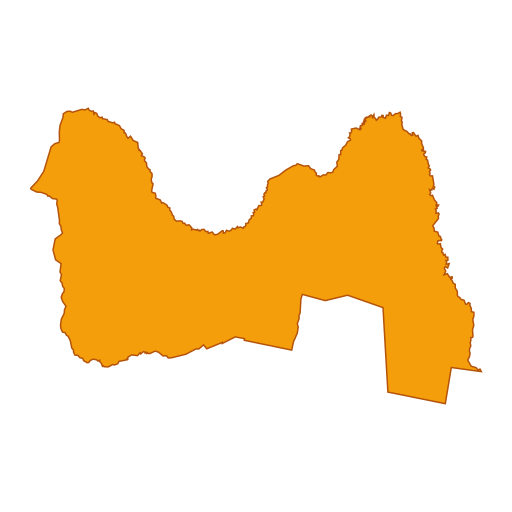 Metán, Salta, Argentina (Equal Earth projection)
{"feature_id": "61730980B22124593999918", "entity_name": "Metán", "entity_type": "district", "adm_level": 2, "iso_a3": "ARG", "parent_name": "Argentina", "parent_adm1": "Salta", "projection": "equal_earth", "projection_center": [-64.481, -25.427], "detail": "fine", "context": "isolated", "style": "filled", "palette": "amber", "viewbox_px": 512, "rotation_deg": 0, "n_neighbors": 0, "source": "geoboundaries", "source_scale": "gbopen_adm2", "svg_char_len": 6048}
<svg xmlns="http://www.w3.org/2000/svg" viewBox="0 0 512 512"><path d="M55.2,238.9L53.0,249.9L55.6,259.8L61.1,263.6L60.0,272.0L61.5,274.5L60.2,280.7L62.0,283.0L62.7,286.4L64.4,288.7L63.8,292.2L62.7,293.2L61.2,297.2L62.6,301.4L66.0,306.3L64.5,309.6L64.2,313.3L61.3,319.3L60.5,325.6L61.0,328.8L62.5,332.1L65.2,332.7L66.4,335.2L68.2,336.3L70.3,340.8L71.8,348.0L73.5,350.1L73.5,352.0L74.9,355.1L78.0,355.4L79.9,357.7L82.8,358.4L83.6,360.6L87.1,362.7L88.8,362.5L90.0,360.7L93.0,359.1L96.6,359.8L98.1,361.1L99.7,360.2L99.8,361.7L101.3,363.3L102.5,366.3L103.3,365.8L104.0,366.7L108.3,366.9L112.7,364.5L114.3,365.0L117.7,363.8L119.1,361.3L125.7,360.1L126.6,359.2L127.2,359.8L127.8,359.4L127.8,357.3L131.5,354.9L137.5,355.6L140.1,352.8L140.7,353.9L143.5,351.6L145.0,352.1L145.1,353.0L146.2,352.3L146.6,353.4L147.4,352.7L148.0,353.5L149.9,353.5L155.2,351.1L158.6,352.2L163.0,355.9L166.4,355.7L168.3,358.0L171.9,357.7L185.9,354.2L196.0,348.9L198.7,349.0L203.6,344.9L206.7,348.8L222.3,342.4L222.2,343.5L235.3,336.9L244.5,338.6L244.3,340.3L291.7,350.1L293.5,341.7L297.2,333.4L298.2,327.3L297.3,323.6L299.1,318.6L299.0,315.5L300.1,313.0L300.9,299.1L302.3,294.4L325.2,300.6L347.6,295.2L383.0,307.6L387.9,392.1L445.3,403.7L451.3,367.5L481.3,371.6L480.0,369.1L477.9,369.9L476.1,367.7L471.2,366.2L467.7,360.1L469.4,356.9L470.1,353.2L469.4,351.4L469.6,348.4L470.8,345.9L470.2,342.6L470.9,340.4L470.7,337.6L472.5,337.4L473.0,336.3L472.5,329.7L473.8,325.4L472.8,319.4L473.9,316.1L473.9,312.3L471.4,311.7L471.3,308.4L469.9,305.4L470.0,303.4L468.3,302.6L466.9,304.2L465.6,304.2L464.0,300.2L460.9,299.3L459.7,297.4L458.1,296.7L457.4,295.3L457.3,291.3L455.3,288.0L455.2,284.3L453.3,283.3L452.0,280.4L450.8,279.4L450.6,278.7L452.2,278.4L452.1,276.8L449.6,277.2L447.2,273.6L444.1,274.8L445.7,271.0L444.4,268.6L444.7,267.2L445.6,266.7L447.6,268.0L449.2,263.6L446.1,264.3L446.7,261.7L445.9,260.4L447.9,260.2L447.8,257.2L446.0,257.3L445.1,254.4L443.7,255.2L442.8,252.5L441.9,252.4L441.6,251.1L442.7,249.1L441.0,247.5L440.4,243.7L437.9,244.1L437.3,243.2L438.0,240.7L441.5,240.6L441.7,239.5L440.8,238.7L440.4,236.5L439.0,236.1L437.8,232.2L434.3,231.1L434.0,228.0L432.9,226.4L433.1,225.2L438.5,218.5L438.2,216.3L439.1,214.0L438.3,212.9L436.0,213.4L436.1,210.2L435.4,209.0L437.1,208.4L436.3,206.0L437.8,206.4L438.6,205.0L436.3,204.8L436.8,202.7L434.4,199.9L432.5,195.3L431.1,195.7L429.7,194.5L430.7,192.9L429.5,189.5L431.7,190.1L432.5,188.1L433.9,189.2L434.7,187.0L433.4,186.2L433.9,184.4L432.5,175.9L430.3,175.9L429.5,174.9L430.1,173.5L429.5,171.4L430.6,170.1L430.1,168.9L428.2,167.9L429.3,165.8L428.4,164.5L427.5,160.0L426.1,159.3L426.8,157.1L424.8,156.5L423.9,155.0L423.7,153.9L425.3,152.8L425.5,151.4L423.9,151.4L423.5,150.0L422.3,151.0L421.6,150.5L423.5,148.0L421.6,143.4L421.7,140.9L418.8,138.2L418.0,135.4L416.0,136.3L413.5,132.5L412.2,132.9L412.7,135.3L411.2,135.5L410.4,133.9L409.3,134.0L406.9,131.4L403.3,129.6L401.8,124.9L402.2,122.1L401.4,120.9L402.0,117.3L400.3,116.5L400.6,113.8L400.1,112.2L397.6,113.6L395.6,113.6L393.0,115.6L391.7,115.4L390.6,112.9L389.4,112.5L388.4,115.5L386.4,115.2L385.5,118.2L383.2,117.4L383.1,115.5L381.8,115.4L381.7,116.8L378.5,117.3L378.0,118.9L376.3,120.3L375.6,118.5L374.2,117.6L373.9,114.7L372.5,117.4L371.8,115.4L370.9,115.0L369.7,115.8L369.7,116.9L368.6,116.5L367.8,117.5L366.9,117.0L366.4,118.0L365.4,117.7L365.2,119.6L365.9,121.0L364.6,121.7L364.1,120.2L363.5,122.1L364.6,122.8L364.0,124.3L362.5,123.3L362.0,123.9L362.6,124.7L362.1,125.6L360.5,125.6L360.3,127.4L361.1,128.5L360.6,129.3L359.9,128.1L359.5,129.6L356.1,128.0L351.3,129.1L351.7,131.3L350.7,133.0L349.6,133.0L350.1,134.0L349.6,136.7L348.4,137.8L350.3,138.8L350.5,140.1L347.6,141.6L345.6,145.3L342.4,148.0L342.1,150.0L340.7,150.5L340.7,154.6L339.1,154.6L338.8,159.3L336.8,162.2L337.3,166.3L333.8,169.5L333.0,171.7L331.8,172.7L327.7,172.6L325.9,175.0L323.2,174.9L319.9,177.0L318.9,175.8L317.5,176.1L316.3,175.2L316.4,173.3L315.1,172.0L314.4,170.0L310.8,168.8L308.5,165.7L304.1,166.1L297.3,163.7L295.8,165.3L293.5,165.7L285.9,170.0L278.9,175.4L269.9,179.0L267.7,181.4L268.2,183.3L267.5,184.7L267.4,186.8L266.4,188.0L267.2,188.7L267.3,190.3L266.0,191.0L265.9,192.7L264.8,192.8L263.9,194.2L264.6,195.9L263.2,196.7L264.1,198.9L262.8,202.0L261.1,202.2L261.8,203.9L261.3,205.5L258.9,205.6L256.7,209.9L255.9,209.1L254.1,210.0L254.6,212.3L253.2,212.6L253.7,214.0L253.4,215.7L251.4,215.9L251.2,218.5L249.3,219.6L248.4,222.9L245.8,223.5L245.9,225.5L244.8,226.8L243.7,227.0L243.2,228.2L240.5,227.0L238.0,227.7L237.5,226.6L235.0,229.1L232.5,228.3L230.9,230.4L229.0,231.2L226.5,230.3L225.1,232.9L223.3,233.1L223.2,230.9L222.4,230.7L217.4,234.4L214.5,234.8L212.1,232.0L208.3,233.3L207.9,231.4L205.7,231.6L204.1,229.4L201.7,229.5L200.0,231.1L199.1,230.1L198.1,230.5L197.5,229.4L196.5,230.1L193.1,229.2L191.6,229.9L191.8,227.8L189.0,224.8L186.0,225.3L184.7,223.2L183.1,223.4L182.1,221.4L180.4,220.9L176.3,221.1L174.2,219.2L173.7,216.2L172.4,215.2L171.4,212.1L169.8,210.2L169.8,208.0L167.7,207.1L167.1,205.3L164.0,203.2L162.6,202.6L161.6,203.1L160.3,200.0L155.7,198.1L155.9,195.8L155.2,193.2L152.1,192.4L151.6,190.8L153.1,183.8L151.9,182.8L151.2,179.8L152.1,176.3L152.0,173.5L150.2,171.7L150.0,169.6L148.9,169.3L146.9,166.8L146.4,162.7L144.6,161.0L144.5,159.3L145.1,158.4L144.7,157.2L141.4,155.6L142.4,153.7L140.2,150.6L139.0,150.4L139.4,149.6L138.2,148.2L137.7,142.5L133.2,140.5L130.5,136.2L128.1,138.2L126.9,136.8L125.4,133.0L124.1,132.8L124.1,130.4L121.1,128.7L119.4,125.6L114.9,123.6L114.5,122.2L112.8,122.9L108.0,121.3L107.3,119.6L102.5,118.7L102.2,117.2L99.6,117.6L97.6,115.8L96.8,113.4L95.0,112.6L94.0,114.1L93.3,111.0L91.6,111.4L89.1,110.1L88.3,108.3L85.0,109.9L81.8,109.4L72.2,112.3L70.3,111.2L67.0,111.4L63.3,113.8L63.0,117.4L60.0,125.5L59.3,131.8L59.5,140.5L58.9,142.5L54.9,143.6L51.1,146.9L43.8,171.3L37.6,180.9L30.7,188.2L31.2,189.3L36.6,192.0L41.3,192.4L46.8,194.4L48.0,196.3L49.1,195.8L52.5,198.6L56.7,199.1L57.2,200.5L56.7,203.9L57.7,207.5L59.5,220.7L59.3,223.6L60.9,226.3L61.3,229.8L62.5,232.8L61.3,234.5L55.2,238.9Z" fill="#f59e0b" stroke="#b45309" stroke-width="1.5"/></svg>